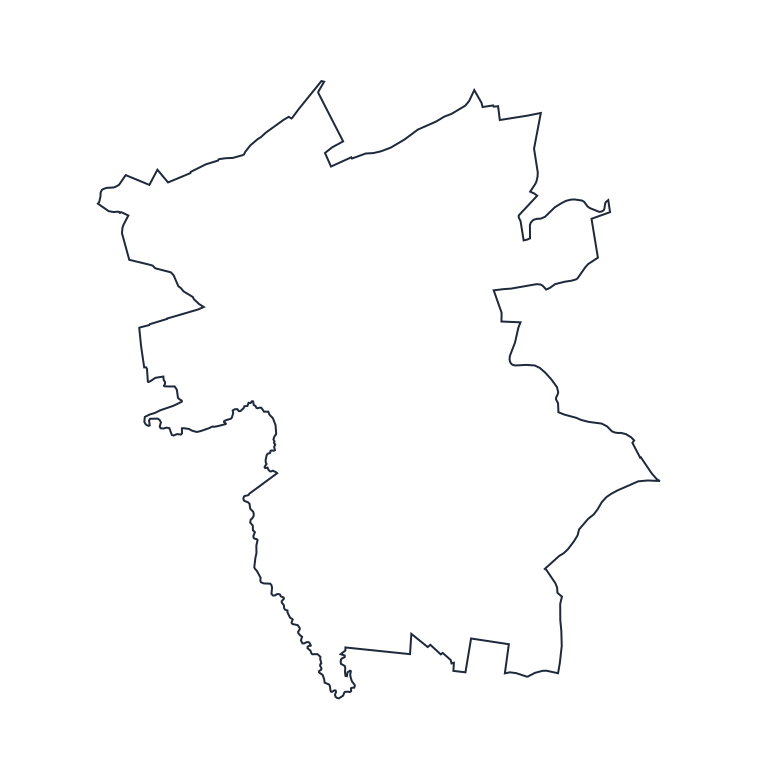 the district of Abramut, Bihor, Romania, rotated 83°
{"feature_id": "2599482B23166371444315", "entity_name": "Abramut", "entity_type": "district", "adm_level": 2, "iso_a3": "ROU", "parent_name": "Romania", "parent_adm1": "Bihor", "projection": "albers", "projection_center": [22.27, 47.34], "detail": "fine", "context": "isolated", "style": "outline", "palette": "slate", "viewbox_px": 768, "rotation_deg": 83, "n_neighbors": 0, "source": "geoboundaries", "source_scale": "gbopen_adm2", "svg_char_len": 6149}
<svg xmlns="http://www.w3.org/2000/svg" viewBox="0 0 768 768"><g transform="rotate(83 384 384)"><path d="M660.9,483.3L662.4,483.6L665.2,480.4L669.6,479.4L673.2,479.3L675.5,475.2L677.3,474.5L681.5,474.5L683.0,474.0L683.2,473.0L682.0,470.6L682.3,469.4L683.8,469.1L686.5,470.6L688.7,470.1L690.0,468.7L690.5,467.0L688.3,462.5L685.7,461.2L684.8,460.2L685.0,457.2L685.6,455.4L684.8,454.0L682.0,453.9L681.6,452.5L681.8,450.6L680.0,449.7L679.0,449.8L675.4,452.0L672.4,452.7L668.6,453.0L665.0,451.9L664.4,452.7L665.7,455.3L669.5,456.5L669.1,457.8L664.8,457.8L661.1,457.0L659.1,457.3L656.5,460.8L654.6,460.9L652.2,460.3L651.1,458.8L650.3,456.3L648.7,456.1L646.9,459.9L643.8,454.8L640.8,454.4L655.3,391.1L635.3,387.3L650.4,372.7L648.5,369.8L659.3,360.6L658.1,358.5L666.1,351.4L669.6,351.0L669.2,348.6L677.2,350.1L680.1,338.3L647.2,328.6L657.5,291.8L685.9,299.3L685.5,294.3L687.1,288.0L691.8,278.1L691.9,277.0L689.1,269.4L688.0,261.6L688.4,257.6L692.3,246.5L682.4,243.5L665.6,239.5L650.9,238.1L639.7,237.8L623.7,235.9L616.7,233.3L612.4,237.3L607.1,237.0L602.6,238.2L588.3,245.5L587.1,246.9L575.9,230.9L574.0,226.5L570.6,221.8L563.6,214.9L557.8,210.3L552.1,208.1L542.8,197.9L539.0,191.7L534.6,187.4L527.9,182.3L523.4,177.1L520.7,171.9L518.0,165.0L511.6,143.6L511.9,134.0L513.9,122.0L511.9,124.7L505.7,129.0L488.1,138.0L488.4,138.7L472.7,144.6L470.5,142.6L467.2,145.0L463.2,150.0L461.5,154.5L461.0,158.3L460.3,160.7L458.7,163.6L453.2,167.8L449.8,172.8L446.6,185.3L443.8,192.5L441.0,197.3L436.4,208.6L433.3,214.3L424.3,213.6L420.1,215.2L418.0,214.6L415.5,212.9L413.4,212.1L408.2,212.7L399.4,217.6L392.1,222.8L387.0,227.4L384.0,232.1L382.4,240.2L381.6,251.6L380.6,254.1L379.1,255.5L377.2,256.2L374.8,256.4L371.4,255.6L358.8,248.9L344.3,243.7L339.4,241.0L336.3,259.8L327.6,258.6L304.4,263.7L304.4,254.3L304.8,246.4L303.5,220.5L304.3,216.6L305.7,214.6L310.0,211.5L308.8,207.6L305.7,201.9L304.5,191.8L304.3,185.2L303.6,180.8L302.8,179.1L292.9,170.2L289.8,166.7L284.7,156.3L245.3,157.9L241.0,138.7L228.8,139.0L230.4,141.6L231.4,142.3L237.1,144.0L238.4,144.9L239.3,146.9L239.4,149.3L234.4,158.4L232.5,160.4L227.6,163.1L226.1,165.0L224.0,172.6L223.8,176.1L224.4,181.1L226.1,185.7L229.4,192.9L237.7,203.8L239.0,208.4L238.7,211.8L239.0,214.4L239.8,216.5L241.7,218.6L244.0,219.8L257.2,221.3L258.1,224.1L258.5,227.9L239.1,228.6L235.0,230.0L233.1,229.7L215.8,209.0L213.3,211.5L210.9,215.5L203.7,209.3L201.3,207.9L196.8,206.3L192.8,205.6L168.7,206.4L134.1,195.3L135.1,208.3L136.1,236.9L122.2,236.9L122.1,241.3L120.8,241.7L121.1,252.4L116.9,252.9L103.3,258.6L113.5,265.0L117.7,269.5L124.2,284.3L125.9,291.4L129.8,300.2L135.6,319.4L143.8,333.8L150.2,348.5L152.7,358.8L153.5,366.4L153.0,374.1L156.3,388.3L155.0,388.8L161.7,410.1L147.5,414.4L142.8,406.7L138.2,395.0L87.2,413.7L86.0,413.7L76.7,406.6L75.7,409.2L100.7,435.1L108.6,442.6L109.2,443.5L107.2,446.0L109.6,451.5L120.0,470.5L123.9,476.0L125.5,479.4L130.7,487.4L136.5,493.3L139.1,495.0L139.7,496.7L141.2,506.7L140.6,513.4L140.7,519.7L140.9,520.8L142.0,521.5L144.2,533.9L149.9,550.0L151.1,550.5L157.6,573.8L143.7,582.8L157.8,592.6L145.2,614.9L154.0,622.7L155.4,626.0L156.0,628.6L155.5,635.2L156.3,638.9L157.0,640.4L159.4,641.9L163.5,642.6L168.7,644.5L170.1,646.0L178.9,636.2L180.4,631.4L180.5,627.0L181.3,625.2L182.5,625.8L181.5,624.4L181.5,623.7L185.6,617.2L194.3,623.2L196.9,624.5L202.4,625.7L229.7,621.7L237.1,602.0L238.3,599.2L241.3,596.9L247.2,581.9L250.6,579.5L261.9,576.2L264.1,573.9L267.6,571.7L274.4,563.1L276.6,562.4L282.3,557.6L285.6,553.5L287.4,559.6L292.6,591.4L293.0,591.5L296.1,609.2L296.9,609.8L298.1,619.2L298.5,620.1L316.7,620.5L338.3,620.0L338.4,618.2L339.9,617.4L353.0,618.1L353.3,617.5L352.9,615.9L350.0,610.2L349.7,602.1L353.2,602.2L355.4,601.1L357.0,601.3L359.0,602.6L359.5,602.1L360.1,598.9L360.9,592.1L364.4,590.3L372.5,590.2L374.1,589.0L375.8,586.8L376.4,586.7L377.0,587.0L380.0,595.8L382.8,609.2L384.9,615.2L385.6,619.8L387.5,625.4L392.4,626.5L395.0,625.4L396.2,624.1L396.9,622.5L396.5,621.6L391.5,621.6L390.0,620.5L390.8,612.8L392.3,611.1L395.0,610.1L398.9,611.8L400.7,611.1L401.3,608.4L400.8,605.2L401.7,602.4L408.7,600.8L409.5,599.2L408.5,595.4L409.4,591.8L408.4,590.5L403.4,590.0L403.4,588.5L404.8,583.2L407.0,580.1L408.8,575.7L408.4,571.7L406.5,562.9L405.6,560.6L405.3,558.9L405.8,558.1L405.6,554.4L404.5,546.0L403.9,545.8L402.2,547.5L401.3,547.1L400.6,545.0L399.8,540.2L398.8,539.1L394.5,537.2L392.0,537.5L391.6,537.0L390.9,535.3L391.1,532.6L393.3,531.4L393.3,529.7L390.8,526.2L389.1,525.3L389.1,522.2L386.1,520.7L386.7,519.3L386.6,518.7L385.0,517.2L385.3,516.1L389.1,515.8L390.0,514.3L392.2,513.5L392.7,512.3L392.3,510.4L392.6,508.7L396.9,506.4L397.3,502.3L400.7,501.3L404.0,498.7L405.4,498.2L411.5,496.7L419.3,497.0L420.8,497.3L422.6,499.1L425.5,500.5L427.7,499.7L428.9,500.4L430.9,499.4L433.0,500.7L436.3,500.3L436.8,501.3L436.3,503.6L436.4,504.7L438.5,505.4L439.1,508.1L440.5,509.2L445.2,510.8L447.8,510.9L449.1,510.3L451.4,512.5L452.3,512.6L453.0,512.1L452.8,509.8L455.4,509.0L456.9,507.6L457.0,506.7L456.5,505.0L458.0,502.4L459.5,500.9L476.4,530.9L477.8,532.2L478.2,536.1L479.1,537.0L480.5,537.5L481.9,537.5L483.1,536.7L484.8,533.4L486.5,532.1L491.5,532.0L494.9,529.4L497.3,529.1L499.2,529.5L501.2,531.1L502.5,532.9L505.2,533.7L508.6,531.5L513.2,531.9L515.4,530.2L518.9,532.2L521.0,532.1L521.9,530.9L522.7,529.0L523.5,528.5L528.9,530.4L536.3,531.2L540.8,532.8L550.1,535.1L551.7,534.6L553.9,533.0L561.2,530.1L564.1,530.7L565.7,530.4L567.3,527.6L568.3,521.3L569.7,520.3L572.5,519.9L578.6,521.3L580.4,520.0L580.6,518.0L579.5,515.8L579.6,514.4L580.3,512.9L582.2,512.3L583.8,509.6L584.9,509.5L587.1,512.0L588.5,512.1L591.3,510.4L594.6,510.4L595.7,509.9L597.1,507.4L599.1,507.6L603.4,506.1L604.9,505.4L605.8,503.9L606.7,503.3L609.2,504.8L610.2,504.7L611.1,504.0L612.8,499.1L615.9,497.4L617.4,497.6L619.3,499.4L620.6,499.5L623.1,498.0L624.9,496.1L628.3,497.7L631.5,496.6L631.7,494.9L630.8,492.0L631.0,490.4L631.7,489.6L634.3,488.5L634.9,488.8L634.8,490.5L635.4,491.8L637.0,492.1L639.7,489.5L642.5,488.9L643.5,488.1L644.0,483.0L647.0,480.4L649.3,480.8L653.8,480.3L654.4,481.4L656.0,481.8L657.8,480.9L659.2,480.8L660.2,481.6L660.9,483.3Z" fill="none" stroke="#1e293b" stroke-width="2"/></g></svg>